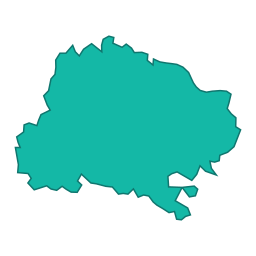 the district of São José das Missões, Rio Grande do Sul, Brazil
{"feature_id": "56859067B20721155382431", "entity_name": "São José das Missões", "entity_type": "district", "adm_level": 2, "iso_a3": "BRA", "parent_name": "Brazil", "parent_adm1": "Rio Grande do Sul", "projection": "natural_earth1", "projection_center": [-53.127, -27.796], "detail": "fine", "context": "isolated", "style": "filled", "palette": "teal", "viewbox_px": 256, "rotation_deg": 0, "n_neighbors": 0, "source": "geoboundaries", "source_scale": "gbopen_adm2", "svg_char_len": 1522}
<svg xmlns="http://www.w3.org/2000/svg" viewBox="0 0 256 256"><path d="M153.5,59.0L153.0,65.0L147.3,60.4L147.8,54.3L141.9,52.3L134.3,52.6L131.5,48.1L126.2,44.1L122.1,47.3L112.9,43.2L113.8,37.5L108.9,36.2L103.2,39.3L101.6,45.3L101.8,51.8L91.6,43.7L83.6,49.2L79.3,55.9L75.3,51.8L72.7,45.3L65.9,53.2L60.0,53.2L55.7,60.1L55.9,67.2L55.0,74.4L51.0,78.9L48.6,90.7L43.7,95.8L47.2,105.0L50.2,110.1L41.0,114.6L38.7,120.1L36.9,125.6L29.1,123.0L24.1,124.9L23.6,132.0L16.7,136.9L18.1,142.4L20.2,147.5L15.4,147.5L18.4,164.6L17.7,172.6L28.1,173.5L31.2,178.4L27.9,183.0L34.2,189.8L46.7,185.8L51.0,189.0L56.7,190.3L62.1,186.3L66.1,189.2L71.1,192.1L77.2,192.3L81.7,185.0L77.5,181.0L81.4,174.1L90.9,183.0L96.3,183.8L105.8,186.3L112.4,187.0L118.5,194.1L123.2,193.4L128.0,194.1L133.4,188.9L138.2,197.2L143.6,195.0L148.8,196.0L153.3,202.1L157.0,205.2L162.5,208.4L169.0,212.6L174.5,211.5L176.6,219.2L181.4,219.8L185.6,216.4L190.4,214.9L187.7,208.0L175.2,200.7L182.1,187.4L168.6,186.9L167.9,176.3L171.7,173.7L177.1,171.9L191.8,180.4L196.7,174.4L200.0,165.8L205.5,171.2L216.3,175.0L211.4,168.4L209.9,161.2L214.7,162.1L219.2,160.7L219.8,155.3L227.7,152.2L234.0,146.7L240.6,129.8L235.7,126.7L235.9,117.8L231.2,113.8L227.2,108.6L228.9,103.0L231.0,94.2L226.5,91.2L220.1,90.6L212.3,91.2L206.4,92.2L200.1,90.4L196.2,86.9L193.4,82.9L191.3,78.4L188.6,72.5L183.0,67.2L176.9,64.4L171.4,63.6L166.3,63.0L159.8,61.9L153.5,59.0ZM182.1,187.4L189.4,196.9L195.4,195.8L197.7,189.2L194.2,186.1L182.1,187.4Z" fill="#14b8a6" stroke="#0f766e" stroke-width="1.5"/></svg>